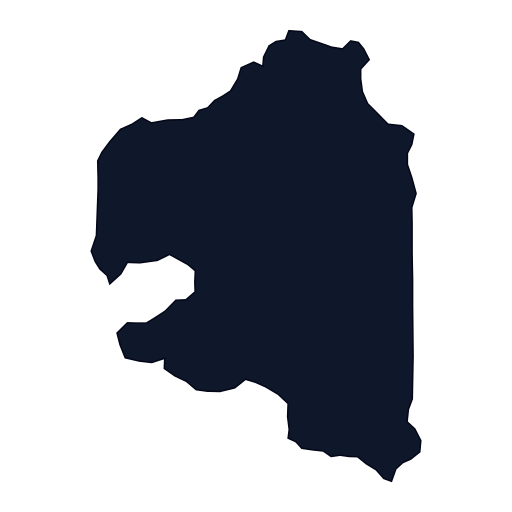 Cajamar, São Paulo, Brazil
{"feature_id": "56859067B74244976946556", "entity_name": "Cajamar", "entity_type": "district", "adm_level": 2, "iso_a3": "BRA", "parent_name": "Brazil", "parent_adm1": "São Paulo", "projection": "mercator", "projection_center": [-46.876, -23.354], "detail": "fine", "context": "isolated", "style": "filled", "palette": "ink", "viewbox_px": 512, "rotation_deg": 0, "n_neighbors": 0, "source": "geoboundaries", "source_scale": "gbopen_adm2", "svg_char_len": 1554}
<svg xmlns="http://www.w3.org/2000/svg" viewBox="0 0 512 512"><path d="M416.1,193.5L411.8,177.6L407.4,164.5L407.4,153.2L411.8,144.5L413.9,134.1L401.9,125.7L388.0,124.2L378.6,114.6L367.6,103.6L362.4,91.6L360.7,78.8L360.7,69.0L369.2,59.7L363.7,48.9L358.4,42.4L350.7,40.9L342.6,48.9L331.4,47.1L320.7,43.3L310.0,39.6L301.8,31.6L288.9,30.7L285.4,40.0L276.0,41.5L269.1,45.8L263.6,57.0L262.8,66.3L253.7,62.1L241.2,67.7L237.7,79.0L230.5,91.0L222.3,96.3L214.6,100.5L207.7,107.8L199.0,110.4L193.8,117.3L182.3,119.7L167.7,120.0L151.3,122.9L141.9,117.8L132.0,124.2L120.5,129.3L109.8,141.7L101.9,152.3L97.7,160.9L98.1,178.0L98.1,189.3L96.4,235.6L91.2,251.1L95.2,261.5L99.9,269.0L107.1,275.5L109.8,283.9L120.8,273.9L127.4,262.4L139.9,262.8L157.3,260.4L169.5,254.4L188.0,264.6L195.3,270.8L194.8,281.9L195.1,291.8L185.8,299.8L175.9,300.2L165.2,311.1L154.0,318.4L146.3,323.1L136.9,323.1L127.4,322.8L117.0,333.0L120.0,344.7L125.2,357.8L139.4,361.1L151.8,362.5L164.7,358.3L164.3,368.5L175.1,376.0L186.3,381.3L196.2,389.7L207.2,391.2L219.8,391.5L234.7,387.9L245.5,379.3L255.2,382.2L265.6,386.8L278.2,394.3L288.1,403.6L287.6,416.7L289.2,429.5L288.1,438.2L295.8,441.7L301.8,448.3L313.0,449.9L323.2,451.0L331.1,456.5L340.0,455.2L349.3,456.5L357.5,456.7L366.7,464.1L376.1,469.8L383.8,478.5L391.5,481.3L395.9,468.9L402.7,462.7L410.9,459.0L419.8,451.9L420.8,440.6L414.8,428.9L407.1,421.8L408.4,409.4L412.3,399.0L413.1,356.0L412.6,305.8L412.6,290.3L412.6,279.5L412.1,252.9L412.1,237.4L412.1,223.0L411.8,207.5L416.1,193.5Z" fill="#0f172a" stroke="#020617" stroke-width="1.5"/></svg>